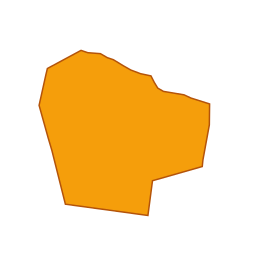 outline of Cedro de São João, Sergipe, Brazil, rotated 250°
{"feature_id": "56859067B48791321223866", "entity_name": "Cedro de São João", "entity_type": "district", "adm_level": 2, "iso_a3": "BRA", "parent_name": "Brazil", "parent_adm1": "Sergipe", "projection": "orthographic", "projection_center": [-36.887, -10.273], "detail": "fine", "context": "isolated", "style": "filled", "palette": "amber", "viewbox_px": 256, "rotation_deg": 250, "n_neighbors": 0, "source": "geoboundaries", "source_scale": "gbopen_adm2", "svg_char_len": 494}
<svg xmlns="http://www.w3.org/2000/svg" viewBox="0 0 256 256"><g transform="rotate(250 128 128)"><path d="M70.1,133.0L66.4,184.6L72.4,187.5L103.1,205.5L122.7,212.9L134.7,197.3L140.0,192.0L150.3,173.8L155.3,169.6L161.8,168.3L169.1,167.4L174.8,158.3L181.5,150.5L188.3,144.7L197.2,137.6L201.2,132.6L207.3,127.5L212.5,116.0L217.0,110.4L211.5,72.6L206.2,69.1L179.7,52.2L146.1,49.6L133.0,48.8L125.2,48.0L77.8,43.1L39.0,116.8L70.1,133.0Z" fill="#f59e0b" stroke="#b45309" stroke-width="1.5"/></g></svg>